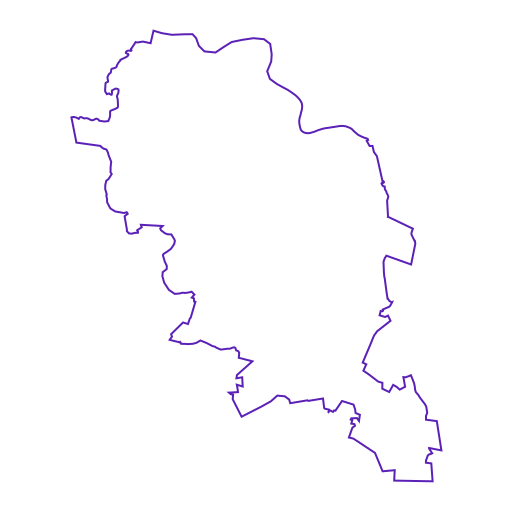 Deva, Hunedoara, Romania (Albers equal-area conic projection)
{"feature_id": "2599482B46544097516710", "entity_name": "Deva", "entity_type": "district", "adm_level": 2, "iso_a3": "ROU", "parent_name": "Romania", "parent_adm1": "Hunedoara", "projection": "albers", "projection_center": [22.901, 45.856], "detail": "fine", "context": "isolated", "style": "outline", "palette": "violet", "viewbox_px": 512, "rotation_deg": 0, "n_neighbors": 0, "source": "geoboundaries", "source_scale": "gbopen_adm2", "svg_char_len": 5921}
<svg xmlns="http://www.w3.org/2000/svg" viewBox="0 0 512 512"><path d="M180.1,341.9L180.6,342.6L181.1,343.8L185.0,343.9L188.6,344.1L190.8,343.9L192.9,343.8L196.1,342.9L197.5,342.3L198.3,341.7L200.5,340.5L206.8,343.1L212.5,346.1L215.0,346.7L216.3,347.7L220.8,349.6L227.0,348.8L230.4,348.6L232.1,347.8L234.1,347.3L235.3,347.8L236.1,350.3L238.3,351.2L239.2,352.8L238.8,357.8L252.4,361.3L237.0,375.0L236.4,378.3L242.2,377.3L242.7,386.5L236.8,384.7L237.3,387.1L238.0,392.1L229.0,392.6L231.0,394.3L233.1,394.6L232.7,399.2L241.6,416.7L261.2,406.7L270.9,401.3L277.3,395.6L284.8,396.3L289.2,399.6L290.2,403.2L307.5,400.3L308.3,400.9L323.0,398.5L324.2,408.1L325.1,408.8L329.0,409.6L329.3,410.0L328.4,412.0L328.5,412.1L329.7,410.2L329.9,410.3L333.0,411.9L334.1,410.4L335.4,410.7L342.0,401.0L353.5,404.6L355.1,409.2L355.6,413.0L359.9,414.8L359.0,421.0L357.0,418.1L351.4,418.3L350.7,419.6L352.3,420.2L351.3,423.6L354.4,424.1L355.0,425.8L352.4,427.7L348.9,437.5L353.4,438.6L375.0,452.9L382.6,471.3L394.7,470.2L394.2,480.6L432.6,481.3L431.3,463.4L425.9,462.7L426.0,460.6L427.7,455.7L428.8,454.6L430.2,454.0L430.3,454.1L432.2,453.3L429.1,448.6L429.1,448.0L441.4,450.4L436.8,421.1L426.0,419.7L426.0,415.9L427.0,413.5L427.2,412.6L426.2,406.4L424.6,403.7L423.1,401.8L420.3,398.1L418.1,394.7L416.0,392.3L415.7,391.7L415.1,389.7L414.7,386.1L414.1,383.4L412.8,379.9L410.9,375.2L410.3,375.4L409.8,375.8L405.5,377.3L403.4,377.1L405.1,386.8L399.7,389.6L396.7,386.9L393.2,384.9L389.2,392.0L382.3,388.7L382.4,382.8L378.2,381.6L369.2,374.7L367.8,373.7L363.4,370.7L366.3,364.3L362.7,362.6L369.7,346.1L374.0,335.6L377.2,331.2L390.5,320.8L388.0,315.6L385.1,317.0L379.6,315.3L380.7,311.0L382.1,311.3L382.8,311.0L383.1,310.6L383.0,309.9L382.8,309.5L389.5,306.6L390.8,304.7L391.9,302.7L392.2,302.0L391.6,302.2L390.7,301.8L389.4,300.9L388.3,299.4L387.7,298.2L387.5,298.3L386.4,291.0L384.7,278.1L384.3,276.7L383.9,272.3L383.5,261.8L384.7,258.3L386.4,255.7L411.1,264.5L415.3,243.8L415.2,242.7L414.9,241.1L414.7,241.2L411.5,234.6L411.4,233.5L411.7,232.0L412.9,228.7L388.0,216.8L387.9,216.8L388.0,216.2L387.1,200.6L388.0,197.9L388.3,196.5L387.4,194.1L386.7,193.2L386.3,191.4L385.6,190.4L384.9,189.2L384.7,186.5L383.7,186.4L382.7,185.8L381.5,183.6L381.9,183.0L383.4,182.9L384.0,182.2L383.4,181.2L382.5,181.2L376.9,156.2L375.7,154.5L373.9,152.0L372.5,145.9L369.6,146.0L366.7,140.8L368.1,140.0L367.6,138.8L364.6,137.8L361.8,136.7L358.1,134.8L355.4,132.5L353.9,131.2L352.1,129.3L350.4,128.1L348.0,127.1L345.7,126.3L342.8,125.9L340.0,126.0L336.8,126.5L329.1,127.7L326.0,128.1L322.9,128.7L317.8,130.3L315.0,131.5L312.4,132.3L309.7,133.1L307.4,133.2L304.9,132.8L303.1,132.0L301.6,130.8L300.8,129.7L300.4,128.3L300.0,127.0L299.7,125.3L299.3,123.3L299.2,120.6L299.7,117.5L300.5,115.1L300.9,113.0L301.6,110.7L302.0,108.6L302.2,106.5L302.0,104.3L301.5,102.5L300.3,100.5L299.2,99.0L298.2,97.9L297.1,96.8L295.8,95.5L293.6,93.9L290.8,91.9L288.0,90.0L283.5,87.6L280.7,86.1L278.0,84.6L276.5,83.7L269.9,78.9L267.2,71.3L271.2,61.5L271.7,54.4L270.2,43.9L264.0,39.2L253.5,38.2L242.5,39.8L231.7,42.0L224.3,46.6L215.5,52.5L204.4,51.4L198.9,45.9L196.1,38.1L192.5,34.2L183.6,34.3L172.0,34.8L162.0,33.2L153.5,30.7L150.6,43.2L142.9,41.6L137.9,42.4L136.9,42.4L136.1,42.3L135.6,42.1L135.3,42.5L134.5,43.9L132.9,46.3L131.3,48.6L131.0,48.8L130.9,49.3L131.0,49.5L131.4,50.1L131.5,50.5L131.2,50.8L130.6,50.9L130.1,50.7L128.9,50.6L127.8,50.7L127.0,51.0L126.4,51.4L126.2,51.7L125.9,52.2L125.9,52.7L126.0,53.1L126.3,53.3L127.2,53.7L128.0,53.9L128.3,54.1L128.4,54.4L128.4,55.0L127.9,55.7L127.4,56.3L125.5,57.4L121.3,59.4L120.5,59.8L120.6,60.1L119.8,61.1L118.5,62.6L117.1,65.0L116.7,66.2L116.6,66.7L116.4,67.0L115.8,67.5L113.8,68.3L112.3,68.6L111.9,68.8L111.6,69.0L111.4,69.3L111.3,69.6L110.8,72.5L110.4,73.0L109.3,73.7L108.4,75.1L107.8,76.3L107.6,76.7L107.5,77.0L107.5,77.9L107.6,78.7L108.1,80.8L108.1,81.2L108.0,81.7L107.8,81.9L106.4,82.4L105.7,82.9L105.5,83.6L105.1,90.0L105.2,91.5L106.9,94.2L109.0,93.4L109.6,94.0L111.2,94.8L111.7,94.6L112.0,93.0L111.9,90.5L115.1,88.8L116.0,88.6L117.5,88.9L118.4,89.4L118.6,90.6L118.3,93.0L117.4,94.9L117.0,95.9L117.0,96.7L117.3,97.8L117.6,98.8L117.7,100.1L117.9,102.0L117.9,103.3L118.0,106.4L117.7,107.5L117.1,107.9L114.7,109.1L111.8,110.2L110.5,110.9L110.2,111.3L110.1,112.2L110.1,115.6L109.7,117.7L108.3,121.1L104.2,121.5L99.2,120.7L98.9,120.2L98.7,119.9L98.5,119.7L98.1,119.4L97.0,118.8L96.6,118.7L96.2,118.7L95.9,118.8L95.6,118.9L95.4,119.0L94.1,119.7L93.2,120.1L92.7,120.2L92.2,120.2L91.6,120.2L90.9,120.0L90.2,119.6L89.7,119.4L89.1,119.1L88.6,118.7L88.3,118.6L87.6,118.4L87.3,118.4L86.7,118.2L85.7,118.2L84.6,118.4L84.3,118.4L84.0,118.4L81.8,117.3L80.9,117.1L80.5,117.1L80.2,117.2L79.8,117.4L79.5,117.7L79.0,118.7L78.8,118.9L78.6,118.9L77.9,118.4L77.2,118.0L76.8,117.8L75.8,117.4L75.0,117.3L74.4,117.2L74.1,117.0L73.4,117.0L73.1,117.0L72.1,117.2L71.7,117.2L70.9,117.7L70.6,117.8L71.5,117.7L76.4,142.6L100.4,145.9L101.1,146.8L103.5,148.6L106.4,149.5L107.9,152.4L108.5,154.9L111.2,161.8L110.6,167.1L110.6,170.1L110.5,172.3L111.7,174.0L110.3,176.3L108.4,179.2L106.3,180.7L105.3,184.8L105.2,189.0L106.8,194.6L106.3,195.4L107.1,199.7L107.0,201.2L107.3,202.7L109.5,206.8L110.0,207.9L111.2,209.0L115.3,211.5L124.1,213.0L126.7,212.2L127.7,213.8L124.6,216.2L126.9,229.6L126.9,231.2L129.0,233.4L131.8,233.7L134.5,232.9L138.0,232.7L138.0,231.7L137.1,230.3L141.7,227.3L140.9,224.8L162.6,226.0L160.2,228.4L160.9,230.2L165.0,233.3L167.7,234.3L171.3,234.4L174.4,239.4L174.9,240.8L174.5,242.5L174.3,243.9L171.1,248.7L167.1,251.7L163.6,253.9L163.1,254.6L163.0,255.6L164.8,261.7L166.8,265.8L166.7,269.1L162.7,272.2L162.4,276.3L164.2,282.7L168.9,289.9L174.8,293.9L179.4,293.5L182.6,292.7L185.2,293.0L189.5,292.3L191.6,291.7L194.4,294.6L191.8,297.6L193.9,298.4L194.1,301.5L195.4,301.8L190.7,317.7L189.8,318.6L188.0,324.0L183.0,322.5L171.1,334.2L172.0,336.6L169.7,339.8L173.7,340.9L178.5,342.0L179.3,342.4L180.1,341.9Z" fill="none" stroke="#5b21b6" stroke-width="2"/></svg>